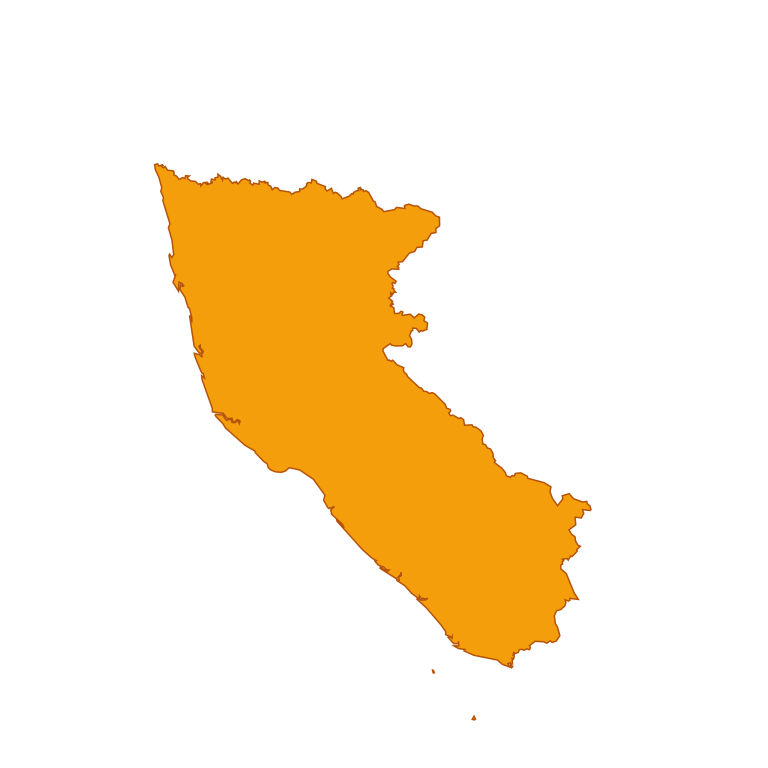 outline of Maintirano, Melaky, Madagascar, rotated 320°
{"feature_id": "10022922B40533998311047", "entity_name": "Maintirano", "entity_type": "district", "adm_level": 2, "iso_a3": "MDG", "parent_name": "Madagascar", "parent_adm1": "Melaky", "projection": "natural_earth1", "projection_center": [44.435, -17.734], "detail": "fine", "context": "isolated", "style": "filled", "palette": "amber", "viewbox_px": 768, "rotation_deg": 320, "n_neighbors": 0, "source": "geoboundaries", "source_scale": "gbopen_adm2", "svg_char_len": 6148}
<svg xmlns="http://www.w3.org/2000/svg" viewBox="0 0 768 768"><g transform="rotate(320 384 384)"><path d="M349.3,68.5L346.6,72.9L344.4,81.1L339.9,90.8L336.8,93.0L334.9,99.4L332.4,101.5L323.0,123.7L319.4,125.6L314.1,137.4L306.1,149.7L302.7,150.7L303.3,146.7L301.9,147.3L297.2,155.4L293.4,166.8L295.1,166.2L287.8,170.4L286.2,180.9L292.4,174.1L293.9,177.0L293.8,180.0L292.4,179.9L292.1,177.0L288.4,180.6L287.3,189.6L283.1,199.5L283.6,201.1L279.6,209.3L276.5,213.3L279.2,206.3L262.8,233.1L262.4,241.2L263.4,243.1L265.6,242.6L265.9,237.2L266.6,236.1L268.2,236.2L266.7,237.8L266.5,243.0L262.8,244.5L262.0,246.8L261.6,243.1L258.4,238.5L256.7,241.8L252.1,256.0L251.6,259.2L252.3,259.7L250.3,264.0L249.6,260.4L247.2,264.3L236.9,292.1L234.6,295.0L242.0,303.2L241.7,309.8L245.6,312.6L244.0,315.8L245.3,317.0L248.5,316.8L249.1,318.0L248.0,320.4L249.6,318.8L249.9,319.9L247.6,321.5L248.5,317.9L245.1,317.9L242.9,315.8L244.4,312.6L239.9,310.4L240.6,304.1L235.6,299.1L234.6,299.4L234.4,301.5L235.1,310.6L234.3,315.6L238.1,341.7L242.0,352.2L241.3,353.7L242.0,365.5L243.2,370.0L241.5,374.0L242.2,377.5L244.4,381.5L248.5,385.6L252.4,387.3L257.5,387.2L258.9,388.8L264.2,395.8L268.7,411.6L267.3,431.1L263.0,434.3L261.5,442.6L261.8,444.0L267.4,446.1L262.2,446.2L260.2,450.2L262.0,464.5L261.2,468.5L260.3,457.9L259.8,458.9L261.0,496.8L262.9,509.9L264.7,514.4L263.2,513.8L263.2,518.9L266.2,524.1L266.4,528.0L268.4,529.7L265.6,530.0L264.1,523.4L263.2,522.0L262.5,522.7L268.3,541.1L273.6,540.7L276.3,539.2L274.1,541.9L271.1,541.5L269.5,544.0L268.0,542.0L267.6,543.0L270.3,552.0L270.6,562.1L272.4,569.6L273.4,570.8L275.0,569.0L274.5,573.5L276.2,573.2L277.5,575.3L280.0,576.3L277.1,576.1L274.2,574.1L270.8,569.4L272.6,582.9L272.8,605.1L272.1,613.3L270.2,615.6L272.9,621.4L274.2,621.0L272.8,622.5L271.6,619.1L270.3,619.1L270.5,627.8L274.0,630.7L275.7,628.8L273.0,632.7L269.2,629.5L271.1,634.6L275.5,639.5L273.8,639.9L278.4,649.5L293.5,668.4L294.4,674.7L299.4,683.5L301.2,683.0L298.7,679.2L299.1,677.8L301.6,678.8L300.9,680.4L302.5,681.1L304.5,678.1L305.7,678.1L305.7,676.5L307.1,677.6L308.9,676.1L308.2,674.1L309.3,675.3L310.0,673.9L310.6,675.3L310.8,672.4L311.2,674.8L314.4,675.9L316.9,674.5L319.4,676.1L319.9,677.8L323.2,678.7L324.7,681.1L326.7,679.9L327.2,678.0L334.3,678.2L340.7,684.1L342.1,687.2L346.1,687.5L346.8,690.1L350.7,691.6L356.9,689.9L360.7,681.7L361.4,677.5L365.4,671.2L368.0,669.7L370.8,668.7L374.3,670.4L379.7,670.3L383.1,668.1L384.0,665.7L385.8,668.8L387.3,669.2L388.5,667.7L394.4,673.9L395.4,666.1L401.8,646.3L400.6,639.2L403.3,636.2L405.1,636.7L406.1,634.9L408.2,634.7L408.0,632.9L412.1,635.5L411.9,637.3L416.4,635.8L417.2,637.1L424.4,636.3L425.2,634.8L430.1,634.5L428.9,631.8L429.8,627.4L432.1,623.8L431.1,619.5L431.9,614.6L440.4,615.1L444.8,608.8L449.0,613.4L453.8,611.6L455.3,607.8L460.6,613.4L461.8,613.3L463.3,609.9L462.8,606.6L463.8,604.2L460.3,602.1L455.4,593.6L455.4,587.1L448.7,584.2L447.0,587.0L438.7,588.8L439.5,579.8L441.9,573.2L445.8,570.1L443.1,562.3L433.5,548.7L434.5,546.8L431.7,540.0L427.1,536.9L424.9,538.2L423.1,536.4L421.0,536.9L418.7,533.1L420.1,529.4L420.1,524.6L418.1,514.7L420.2,514.4L420.3,511.0L423.0,506.8L423.8,502.2L422.1,499.5L422.7,495.8L421.2,493.4L423.9,489.2L427.1,487.3L428.1,482.3L426.7,476.2L424.9,474.3L425.2,471.9L419.2,467.4L422.0,462.5L421.2,459.2L419.2,458.6L416.8,452.2L414.5,451.0L414.9,447.8L417.4,447.7L418.4,446.0L416.4,442.8L417.8,438.9L416.5,424.0L415.4,421.7L412.5,420.1L411.8,417.2L409.8,415.1L410.1,411.2L408.7,409.4L406.8,393.5L407.6,391.2L407.0,388.1L407.9,385.6L409.6,384.3L406.3,377.6L406.0,371.4L403.8,371.0L403.5,369.1L402.2,368.3L404.4,358.0L406.1,356.4L414.8,357.1L414.7,359.1L417.2,362.2L422.7,366.6L426.5,366.9L426.4,371.0L428.2,372.6L431.2,371.3L433.7,367.7L434.7,363.3L439.1,361.0L440.4,361.5L441.8,359.6L444.5,362.1L444.3,366.9L446.6,366.7L447.3,368.2L452.0,369.7L456.5,365.3L455.3,361.0L458.2,359.0L457.6,355.7L455.5,352.7L449.7,352.8L448.9,347.3L442.4,343.4L442.3,342.4L444.7,341.1L443.9,339.3L440.7,339.4L437.4,336.8L440.5,331.8L439.0,328.1L440.5,327.8L440.8,326.6L441.0,328.6L442.4,328.8L442.7,326.1L443.7,326.1L442.8,321.2L446.9,321.4L447.5,320.5L446.5,319.7L447.9,318.4L448.6,320.8L450.1,320.1L452.0,321.2L451.7,318.9L452.8,317.3L452.0,316.0L453.8,314.9L454.7,312.3L456.0,312.0L457.1,314.0L459.3,313.1L457.7,306.2L458.0,301.9L459.6,300.2L464.0,300.9L469.0,305.6L470.2,304.1L469.7,302.4L472.4,302.2L473.0,299.7L476.9,302.2L487.5,300.0L492.8,302.2L496.8,300.5L501.5,303.6L506.1,299.4L509.5,301.5L517.0,299.0L521.2,301.4L523.4,298.4L528.3,298.5L533.7,291.9L531.6,288.3L531.5,283.6L525.1,273.8L524.1,269.1L521.4,266.9L518.5,262.1L514.4,260.5L512.8,262.9L507.1,256.8L504.2,257.2L494.7,251.9L494.7,248.7L492.5,243.4L494.2,238.7L493.5,236.9L495.4,227.3L494.5,224.4L492.1,223.4L492.8,221.6L491.7,220.7L492.0,218.8L491.1,219.5L491.3,217.9L489.9,217.5L488.8,219.5L487.0,218.2L483.6,217.7L482.5,218.7L481.5,217.4L478.2,217.8L470.9,215.2L471.6,212.5L470.8,207.3L469.9,205.8L467.7,205.4L469.5,200.3L464.4,199.5L464.5,196.2L466.0,195.1L461.7,187.4L462.5,185.0L460.3,180.9L457.7,183.2L455.3,180.8L453.1,181.0L452.0,182.6L446.8,182.3L444.8,180.4L443.1,182.4L439.4,180.0L435.1,179.4L435.2,176.4L428.4,168.5L428.6,165.3L426.4,163.3L423.2,163.3L424.4,159.7L423.2,157.0L424.6,154.9L422.2,153.7L422.0,152.3L423.0,153.2L422.9,151.9L420.4,151.2L419.0,148.2L416.7,150.7L413.2,146.3L411.3,147.4L410.3,144.0L412.1,142.9L412.2,141.3L411.0,141.4L409.7,137.5L406.2,136.0L400.8,136.9L400.9,133.9L399.7,134.6L399.0,133.0L396.9,132.9L396.8,125.9L394.3,125.0L393.6,122.2L391.3,124.0L392.4,119.9L391.6,116.5L390.0,118.8L386.9,117.5L385.8,119.1L383.6,116.1L381.1,118.1L382.1,119.0L381.2,119.5L376.8,117.7L376.5,116.2L378.3,116.7L378.2,115.8L375.2,113.7L371.1,114.6L372.3,112.6L370.1,111.5L369.8,107.6L366.6,104.3L365.6,100.9L366.3,99.3L368.5,99.5L365.9,96.9L363.6,98.6L362.5,96.5L358.5,95.5L358.7,91.2L357.4,88.7L359.4,86.8L359.5,85.1L355.6,81.2L356.2,76.7L354.0,76.6L353.6,74.2L355.1,74.7L355.2,73.6L351.6,72.3L352.1,69.8L349.3,68.5ZM238.7,699.5L239.5,696.3L236.0,697.6L237.3,699.4L238.7,699.5ZM236.9,637.6L237.6,636.0L237.4,633.7L236.0,637.0L236.9,637.6Z" fill="#f59e0b" stroke="#b45309" stroke-width="1.5"/></g></svg>